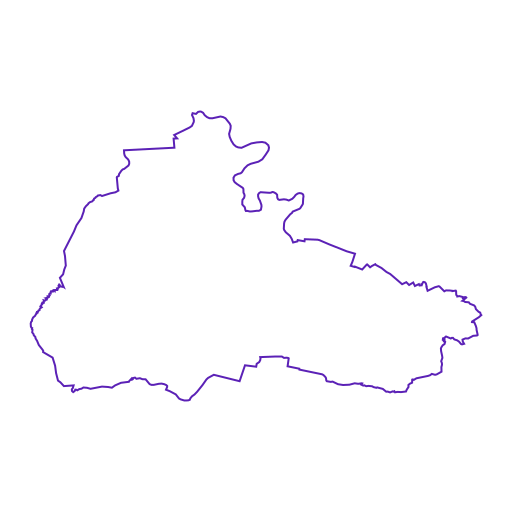 the district of Sacalaseni, Maramures, Romania
{"feature_id": "2599482B62680396283899", "entity_name": "Sacalaseni", "entity_type": "district", "adm_level": 2, "iso_a3": "ROU", "parent_name": "Romania", "parent_adm1": "Maramures", "projection": "natural_earth1", "projection_center": [23.568, 47.575], "detail": "fine", "context": "isolated", "style": "outline", "palette": "violet", "viewbox_px": 512, "rotation_deg": 0, "n_neighbors": 0, "source": "geoboundaries", "source_scale": "gbopen_adm2", "svg_char_len": 5995}
<svg xmlns="http://www.w3.org/2000/svg" viewBox="0 0 512 512"><path d="M395.0,392.3L397.5,391.9L401.0,392.1L406.0,391.5L406.7,389.7L408.5,387.0L408.4,385.0L409.9,383.7L412.1,382.7L412.2,379.6L412.9,379.4L413.8,379.9L416.4,378.3L428.1,375.9L430.1,375.2L431.8,373.9L435.1,374.8L436.7,374.4L441.5,371.7L441.4,367.1L442.0,364.7L441.9,363.1L441.2,361.2L442.4,357.9L442.1,355.7L441.1,351.1L440.9,348.5L441.3,347.4L442.7,345.3L444.5,344.1L445.2,341.8L444.9,341.4L443.8,341.3L443.5,340.3L442.8,339.9L443.0,338.3L443.8,338.1L444.5,338.8L444.5,337.7L446.0,336.5L450.8,338.5L451.7,337.9L453.0,337.9L454.3,339.4L457.1,340.3L459.0,341.6L461.0,344.0L462.0,344.4L464.1,343.8L462.8,341.6L462.5,339.6L465.4,338.4L468.1,338.5L473.2,335.8L477.0,335.5L477.6,335.1L477.6,334.5L476.6,330.0L476.5,328.2L475.9,326.1L474.3,322.3L472.0,322.1L472.1,321.5L478.9,317.2L481.3,315.1L480.7,314.4L480.2,312.6L478.6,311.8L475.9,309.1L475.2,306.7L474.1,305.4L470.0,303.8L468.8,302.3L465.2,302.0L463.8,301.1L462.4,300.8L466.3,297.6L466.1,297.3L465.0,297.0L463.3,298.2L462.8,298.1L462.8,297.0L459.3,296.1L457.3,296.5L457.2,295.9L456.4,295.1L456.2,294.4L456.1,291.2L455.7,290.6L452.4,291.1L452.3,290.8L449.8,290.5L446.0,290.4L444.3,291.3L439.5,286.5L438.7,286.2L434.8,287.3L427.6,290.8L426.4,286.9L426.7,286.7L425.9,283.5L425.1,282.4L423.7,281.9L423.0,282.2L422.1,284.2L421.5,284.2L421.6,285.3L419.5,285.5L418.9,284.1L414.9,286.0L413.2,282.5L409.1,285.0L406.3,282.2L402.1,284.2L390.2,274.0L386.5,272.0L381.5,268.0L375.8,264.9L375.3,264.2L371.9,266.0L370.1,267.3L367.2,264.4L366.8,264.5L362.2,269.5L354.9,266.6L354.7,267.0L350.7,265.8L352.4,261.8L355.0,253.7L346.7,251.3L329.3,244.4L319.3,240.1L317.5,239.7L304.8,239.2L304.5,241.3L297.7,240.1L297.4,241.4L293.1,242.5L291.7,238.8L289.9,235.8L285.8,232.3L284.2,230.0L283.8,228.8L284.1,223.4L284.5,221.6L285.6,219.7L290.2,214.3L292.0,212.9L292.7,211.6L299.5,208.8L300.3,208.1L302.6,204.5L302.9,203.8L303.2,198.2L303.5,196.6L303.2,194.7L302.5,193.9L301.1,193.3L299.3,193.1L297.6,193.6L295.6,195.0L294.3,196.8L292.3,198.8L288.8,200.5L286.3,199.6L283.9,199.3L279.3,199.9L278.1,199.3L277.3,197.8L277.1,194.7L275.7,193.3L273.6,192.2L272.4,192.0L270.8,192.7L269.3,192.8L260.6,192.2L259.2,193.0L258.1,194.5L258.1,196.3L258.6,198.4L259.9,200.6L261.4,204.9L261.5,206.6L260.9,209.7L258.9,210.8L256.7,210.8L252.0,211.4L249.9,211.5L247.3,210.9L245.9,211.0L245.4,210.1L244.8,207.3L242.3,204.5L242.3,201.6L242.5,199.8L244.1,197.8L244.6,195.8L244.3,194.2L243.5,192.7L243.4,189.0L242.8,187.9L237.2,184.2L234.7,182.2L233.6,180.3L233.5,177.7L234.9,175.4L238.1,173.9L240.6,173.3L241.9,172.3L244.5,168.3L247.6,165.3L250.7,163.8L258.4,161.7L262.3,159.3L265.7,154.6L268.5,150.3L269.0,147.6L268.3,145.2L265.4,142.7L262.1,142.0L256.9,142.4L251.3,143.4L241.5,147.8L238.2,147.4L236.0,146.5L233.6,144.4L231.3,140.7L229.7,136.9L229.1,133.9L230.5,128.8L230.7,125.8L229.8,123.7L225.5,118.3L223.2,117.1L220.5,116.5L212.3,118.3L209.4,118.2L207.0,117.1L204.7,115.2L203.1,112.8L201.2,111.7L200.1,111.5L198.1,111.9L196.0,113.9L192.6,113.2L192.0,115.0L193.5,118.2L193.9,120.8L193.7,122.1L191.9,125.9L189.6,127.5L174.2,135.0L177.1,138.4L173.6,138.6L174.4,147.7L124.0,150.3L124.2,153.6L124.7,155.5L125.7,157.1L128.1,159.4L128.8,160.7L129.2,161.8L129.2,163.8L128.5,165.5L124.2,168.9L122.7,169.4L121.3,170.8L119.0,174.2L118.8,175.9L117.0,176.9L116.8,177.4L117.8,188.3L118.4,190.6L115.4,192.3L110.5,193.3L102.0,196.0L100.4,195.1L97.9,195.5L97.5,196.1L95.7,197.2L95.4,197.8L94.1,198.6L93.7,200.0L93.2,200.1L92.4,201.3L89.9,202.2L88.4,203.4L88.1,204.1L85.9,206.2L84.2,208.6L83.7,211.5L81.4,218.1L76.5,225.3L73.9,231.6L64.0,251.0L65.0,256.1L65.8,265.6L64.3,269.4L63.1,274.3L59.9,277.8L63.7,287.0L63.1,286.6L62.3,286.9L60.4,286.1L59.7,285.7L59.6,284.8L59.2,284.5L58.5,285.7L58.9,286.5L58.6,287.2L58.9,287.4L58.0,288.0L57.8,288.8L57.0,288.6L57.2,290.0L55.0,290.0L54.8,291.0L54.2,290.3L53.4,290.1L53.1,290.4L53.0,291.5L51.8,291.6L51.7,291.2L50.9,291.3L50.7,291.9L50.7,293.5L49.7,293.5L49.3,293.9L49.2,294.7L49.7,295.4L49.0,296.3L49.0,296.9L48.4,297.1L48.2,296.4L47.6,296.3L47.7,297.6L45.9,298.1L46.4,298.4L46.2,298.9L46.9,299.2L46.7,299.7L46.1,299.7L45.1,300.6L43.8,300.3L44.0,300.8L43.6,301.4L43.9,302.1L43.7,302.9L42.3,302.7L41.8,303.7L42.2,304.2L41.1,305.4L41.0,306.0L40.4,306.4L40.9,307.3L41.5,307.1L41.7,307.3L40.4,308.1L39.5,309.3L39.5,310.2L38.4,310.6L38.0,311.8L37.1,311.9L37.3,312.9L36.4,313.1L36.3,314.0L35.8,314.3L35.2,315.7L33.1,317.5L32.1,319.6L32.0,320.9L31.2,321.8L30.7,323.5L30.9,326.6L31.4,327.6L32.2,328.1L31.9,329.1L32.5,329.8L32.2,332.4L33.6,334.2L33.8,335.3L35.3,336.9L35.6,338.5L37.1,340.9L38.8,345.0L42.6,349.8L43.2,350.8L43.1,352.1L52.6,357.6L55.1,365.7L56.1,373.2L58.0,380.6L60.4,382.3L63.9,386.1L73.6,385.4L72.8,388.1L71.9,389.2L71.8,389.6L72.0,391.0L73.2,392.1L74.6,391.1L75.3,389.6L76.2,389.7L77.3,390.3L79.3,389.1L81.5,388.7L83.4,387.5L87.0,387.8L90.5,388.8L102.0,386.6L108.1,387.0L111.9,387.7L115.1,385.4L121.0,382.8L128.9,381.8L129.2,381.1L131.3,378.9L131.4,379.6L131.7,379.8L132.8,379.2L132.8,378.1L135.0,377.6L136.4,378.8L139.9,378.2L142.4,379.2L145.6,379.3L149.6,384.1L151.5,384.9L153.6,384.9L158.8,383.8L161.6,383.6L164.3,384.2L166.3,385.1L167.2,386.0L167.1,387.1L166.0,389.7L169.8,391.2L175.8,394.4L179.0,398.5L180.7,399.4L184.4,400.5L188.1,400.4L189.8,399.8L190.3,398.4L192.0,396.3L194.5,394.5L197.1,391.8L202.4,385.2L206.4,379.5L208.1,377.9L213.8,374.8L239.6,381.2L245.0,365.3L256.2,366.7L256.7,363.8L259.2,362.1L260.2,360.2L260.5,358.3L260.2,357.1L276.0,356.5L281.8,356.5L284.0,357.9L286.8,357.7L288.5,358.1L288.7,358.3L287.6,366.3L299.3,368.7L299.4,369.6L322.1,374.3L323.4,375.0L325.3,376.9L326.0,378.1L326.3,380.5L326.8,381.2L330.8,381.9L332.6,381.6L338.0,384.2L343.1,385.0L349.4,384.7L354.7,383.3L358.2,383.8L361.7,383.3L362.1,383.4L361.2,384.6L363.2,385.6L364.2,385.3L366.2,386.2L368.5,385.9L372.2,386.3L373.5,387.1L376.4,387.8L377.1,387.4L382.8,388.9L386.2,391.7L387.7,391.6L390.1,392.4L392.6,391.4L393.3,391.7L394.3,391.2L395.0,392.3Z" fill="none" stroke="#5b21b6" stroke-width="2"/></svg>